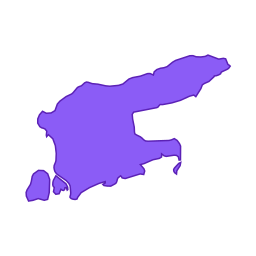 Sanma, Mercator projection, rotated 85°
{"feature_id": "VUT-561", "entity_name": "Sanma", "entity_type": "Province", "adm_level": 1, "iso_a3": "VUT", "parent_name": "Vanuatu", "parent_adm1": "", "projection": "mercator", "projection_center": [166.941, -15.188], "detail": "fine", "context": "isolated", "style": "filled", "palette": "violet", "viewbox_px": 256, "rotation_deg": 85, "n_neighbors": 0, "source": "natural_earth", "source_scale": "10m", "svg_char_len": 2521}
<svg xmlns="http://www.w3.org/2000/svg" viewBox="0 0 256 256"><g transform="rotate(85 128 128)"><path d="M175.0,194.1L168.0,202.6L166.4,203.8L164.9,204.6L163.2,205.0L161.1,205.2L158.9,204.8L155.8,203.2L154.1,202.6L147.1,201.7L139.3,201.9L132.2,203.8L127.7,207.9L129.5,209.8L128.0,210.0L124.1,209.2L121.8,210.7L120.9,212.3L120.3,214.0L119.0,215.7L115.3,217.5L111.1,217.1L107.1,215.0L103.9,211.7L106.2,208.1L106.3,203.3L104.3,199.2L98.0,196.3L95.3,193.5L91.3,186.9L89.2,181.2L88.1,179.7L83.2,174.8L82.5,173.1L81.9,170.7L79.2,167.2L78.6,165.4L79.0,163.7L80.7,159.8L81.7,154.2L84.1,146.4L84.8,142.4L84.7,133.6L83.7,129.2L79.3,122.8L78.2,119.0L77.4,111.1L75.5,103.8L75.7,101.2L77.4,98.1L74.3,97.0L72.3,94.2L71.3,90.5L71.1,87.0L70.3,83.7L66.3,77.8L64.8,74.6L61.4,60.1L61.6,57.0L63.0,53.9L63.6,49.3L63.4,44.8L62.3,42.0L67.3,31.6L66.9,26.9L67.6,24.7L73.4,22.9L74.5,21.4L75.3,20.8L77.4,22.6L78.2,24.1L80.0,29.1L80.5,30.2L82.1,31.1L83.0,33.1L83.6,35.4L83.7,37.5L84.4,37.8L88.7,43.3L90.3,48.0L91.5,50.2L95.2,52.0L102.7,57.7L100.9,59.6L101.7,64.0L105.0,73.3L106.8,82.1L107.7,91.6L107.4,93.9L108.4,95.1L109.6,96.1L110.2,97.4L112.7,121.0L114.8,122.6L119.5,122.6L127.7,121.7L132.5,121.9L134.4,121.7L135.6,120.2L137.9,116.4L139.4,114.8L141.0,113.5L142.4,111.8L142.9,109.2L144.0,88.2L143.6,85.7L142.6,82.8L144.7,80.1L148.0,78.1L150.6,77.2L164.4,78.5L164.4,79.9L161.0,80.4L159.5,82.1L159.1,84.5L159.6,92.4L158.9,94.4L156.7,96.8L159.8,97.1L161.0,99.4L161.8,105.9L164.9,115.2L165.5,118.9L170.0,115.7L172.3,115.1L175.7,116.4L174.8,119.9L178.1,135.2L177.2,138.2L175.7,138.9L175.0,139.6L176.9,142.4L177.8,142.9L180.7,144.0L182.0,144.9L182.6,146.0L184.4,150.2L184.0,153.8L183.2,157.0L182.0,158.0L180.7,155.4L179.4,155.4L180.7,161.8L184.0,171.5L188.3,180.3L192.7,184.2L194.3,185.0L194.6,186.9L194.1,189.1L193.4,190.7L192.1,191.8L191.0,191.7L189.7,191.1L187.6,190.7L180.7,190.7L178.1,191.7L175.0,194.1ZM187.0,235.2L183.3,235.1L180.8,233.9L175.7,230.1L172.9,229.0L167.8,227.6L165.5,226.1L162.4,220.9L163.1,215.8L166.6,212.0L172.5,210.5L185.5,212.1L192.1,214.3L192.7,217.7L190.5,223.6L191.8,229.1L192.1,233.4L187.0,235.2ZM178.1,194.7L181.6,193.3L184.1,193.3L184.6,194.0L182.0,194.7L182.0,196.0L183.8,196.5L184.6,197.6L184.3,198.8L183.2,200.1L187.5,202.4L187.7,205.7L185.0,207.8L180.7,206.6L180.1,207.3L179.5,207.6L178.1,207.9L175.4,207.5L173.5,206.8L169.3,204.0L178.1,194.7ZM171.8,85.1L167.7,80.5L166.9,78.5L170.1,79.4L174.9,83.1L178.1,83.7L176.5,85.5L174.8,86.2L173.2,86.1L171.8,85.1Z" fill="#8b5cf6" stroke="#5b21b6" stroke-width="1.5"/></g></svg>